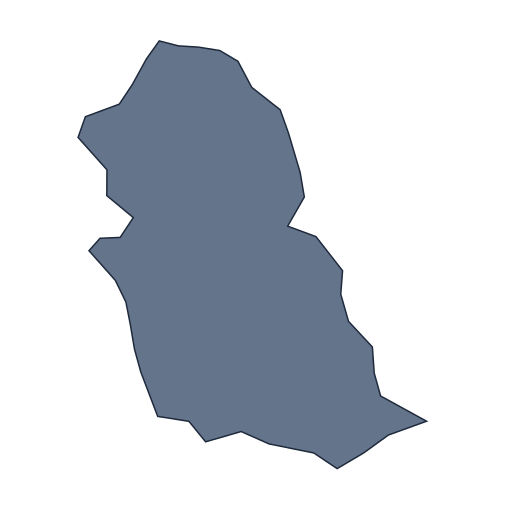 the district of Orounta, Nicosia, Cyprus, rotated 99°
{"feature_id": "46923920B88431983225451", "entity_name": "Orounta", "entity_type": "district", "adm_level": 2, "iso_a3": "CYP", "parent_name": "Cyprus", "parent_adm1": "Nicosia", "projection": "mercator", "projection_center": [33.08, 35.094], "detail": "fine", "context": "isolated", "style": "filled", "palette": "slate", "viewbox_px": 512, "rotation_deg": 99, "n_neighbors": 0, "source": "geoboundaries", "source_scale": "gbopen_adm2", "svg_char_len": 701}
<svg xmlns="http://www.w3.org/2000/svg" viewBox="0 0 512 512"><g transform="rotate(99 256 256)"><path d="M439.6,213.6L441.5,168.2L453.3,142.6L433.7,118.9L412.1,97.2L392.5,61.7L374.8,111.0L353.2,120.9L327.7,126.8L306.1,154.4L280.5,166.3L257.0,168.2L227.5,199.8L221.6,229.4L190.2,217.5L166.7,225.4L129.4,243.2L107.8,255.0L90.1,286.6L66.5,304.3L58.7,324.0L58.7,345.7L60.6,365.5L58.7,385.2L78.3,395.0L105.8,404.9L127.4,414.8L145.1,446.3L166.7,450.3L194.2,416.7L219.7,412.8L237.3,383.2L258.9,393.1L262.9,412.8L276.9,421.8L302.1,391.1L321.8,377.3L343.4,369.4L366.9,361.5L388.5,351.7L429.8,328.0L429.8,296.4L447.4,276.7L431.7,243.2L439.6,213.6Z" fill="#64748b" stroke="#1e293b" stroke-width="1.5"/></g></svg>